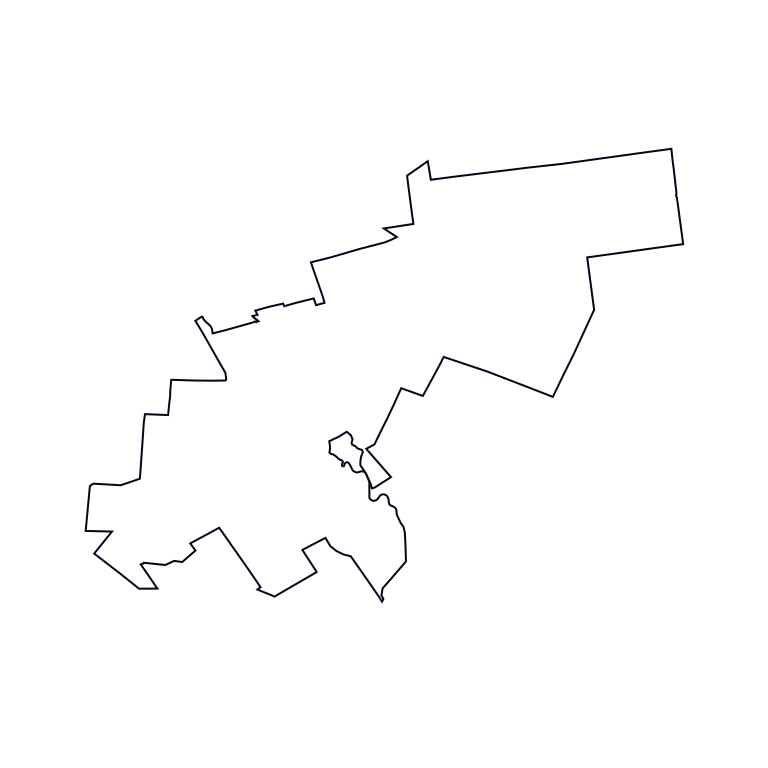 the district of Bragadiru, Teleorman, Romania, rotated 353°
{"feature_id": "2599482B28400494535503", "entity_name": "Bragadiru", "entity_type": "district", "adm_level": 2, "iso_a3": "ROU", "parent_name": "Romania", "parent_adm1": "Teleorman", "projection": "robinson", "projection_center": [25.524, 43.753], "detail": "fine", "context": "isolated", "style": "outline", "palette": "ink", "viewbox_px": 768, "rotation_deg": 353, "n_neighbors": 0, "source": "geoboundaries", "source_scale": "gbopen_adm2", "svg_char_len": 4107}
<svg xmlns="http://www.w3.org/2000/svg" viewBox="0 0 768 768"><g transform="rotate(353 384 384)"><path d="M240.1,576.4L247.8,580.6L249.3,581.7L275.4,570.5L294.2,562.5L293.4,560.5L291.8,557.2L284.7,542.8L282.8,538.7L294.3,534.4L305.7,530.1L307.1,529.6L311.0,538.4L316.6,544.1L323.3,548.4L330.0,550.9L340.9,571.4L347.4,583.7L352.9,594.2L355.5,599.8L357.2,597.3L355.7,593.4L357.7,586.7L360.2,584.4L364.7,580.5L384.2,562.8L385.6,547.3L386.6,534.0L385.9,528.1L383.6,524.0L380.8,515.3L380.8,513.7L380.9,510.9L380.7,509.6L380.3,508.8L379.9,508.1L378.7,507.1L376.9,505.9L375.7,505.3L375.2,504.7L374.7,504.0L374.5,503.2L374.4,501.8L374.4,499.2L374.3,497.9L373.9,496.8L373.2,495.3L372.3,494.5L371.5,494.0L370.7,493.6L369.7,493.4L368.6,493.4L367.5,493.7L366.7,494.2L365.9,494.9L364.2,496.9L362.7,498.0L361.5,498.5L360.5,498.7L359.8,498.8L359.1,498.7L358.2,498.2L357.3,497.7L356.3,496.6L355.8,495.8L355.7,495.2L355.7,494.7L355.7,494.1L356.1,491.4L356.5,487.7L356.9,484.2L357.3,481.6L357.4,480.4L357.4,479.0L357.1,477.8L355.9,473.5L355.3,471.5L354.7,470.0L354.2,469.2L353.7,468.7L352.8,468.3L351.9,468.1L350.7,467.9L349.4,468.1L347.4,468.5L346.5,468.5L345.6,468.3L344.5,467.7L343.6,467.1L342.6,466.2L342.1,465.2L341.6,463.7L340.6,460.7L339.4,458.3L339.1,457.8L338.8,457.5L338.3,457.3L338.0,457.2L337.5,457.2L336.9,457.2L336.5,457.3L336.0,457.7L335.4,458.2L335.1,458.8L334.8,459.5L334.6,460.0L334.4,460.4L334.0,460.6L333.7,460.7L333.3,460.7L332.8,460.6L332.5,460.2L332.4,459.9L332.4,459.3L332.5,458.7L332.8,457.9L333.4,457.1L333.7,456.3L333.6,455.7L333.3,455.2L332.6,454.6L330.7,453.5L329.5,452.4L328.6,451.1L327.1,449.5L324.9,447.8L324.0,447.3L323.1,446.9L322.4,446.6L322.0,446.1L321.7,445.6L321.5,445.2L321.6,444.8L322.0,443.5L322.4,442.1L322.7,440.5L322.8,438.9L322.7,434.1L332.4,430.9L340.0,427.4L341.3,426.9L342.0,427.6L342.9,428.7L345.0,431.0L346.0,435.2L344.7,438.2L344.9,440.1L345.4,440.5L348.0,442.3L350.0,444.8L354.2,446.8L354.7,449.0L352.5,453.2L351.2,457.5L350.6,461.7L355.0,470.1L358.4,480.7L359.3,486.1L362.3,485.6L368.2,482.7L379.6,477.3L358.5,446.2L367.2,442.8L371.2,436.5L376.3,428.7L382.5,419.4L390.8,406.4L393.6,401.7L400.6,390.3L421.1,400.6L441.5,372.0L446.5,364.4L488.0,384.2L544.0,414.1L548.7,416.7L550.0,417.4L563.1,397.0L575.7,377.9L601.6,336.0L601.1,283.1L698.0,281.6L697.6,248.1L697.4,233.7L697.0,233.2L696.8,232.8L696.8,232.6L696.8,232.2L696.9,231.9L697.2,231.5L697.4,231.2L697.5,230.9L697.5,230.1L697.6,228.7L697.6,221.8L697.7,217.3L697.7,211.4L697.8,206.1L697.7,201.1L697.7,194.8L697.8,189.8L697.9,186.8L697.9,186.1L697.9,185.6L673.0,185.9L665.6,186.0L587.8,187.2L553.7,186.8L504.8,186.8L481.6,186.8L478.8,186.8L455.4,187.0L454.6,168.2L432.3,180.0L432.3,191.1L432.5,216.1L432.7,228.7L402.8,229.6L414.6,239.7L408.3,241.9L401.8,243.6L376.7,246.9L345.9,251.9L326.3,254.3L327.2,258.7L328.8,266.3L331.9,280.4L333.8,289.4L334.9,296.2L330.7,296.8L326.2,297.5L324.7,290.5L312.6,292.0L306.8,292.7L294.4,294.6L293.7,291.9L287.8,292.5L282.0,293.1L277.9,293.5L276.1,293.8L265.2,295.5L266.9,299.9L261.7,300.6L262.8,302.2L265.6,304.8L267.0,306.4L265.2,306.6L264.9,306.7L264.5,306.8L264.4,307.0L263.6,306.2L261.5,306.9L260.1,307.2L258.4,307.4L235.5,310.9L231.5,311.5L220.1,312.9L220.1,311.6L220.0,309.1L219.8,307.9L219.6,307.2L219.2,306.4L219.1,306.0L219.0,305.6L218.7,305.1L218.1,304.5L217.5,303.7L216.8,302.8L215.1,301.0L213.5,298.9L212.8,297.7L212.4,296.4L212.3,295.9L212.3,295.6L211.3,294.9L204.6,298.2L204.4,298.3L205.3,300.3L206.4,302.6L207.4,304.7L210.8,312.5L215.2,323.1L221.9,339.3L227.9,353.5L228.0,360.1L227.1,361.2L219.5,360.4L215.1,359.9L203.3,358.4L196.8,357.5L173.3,353.9L170.8,366.0L170.3,369.7L169.7,372.3L169.2,374.1L167.0,383.7L165.9,388.5L143.1,384.8L140.8,393.4L139.5,400.2L137.5,410.7L135.2,422.5L130.2,448.2L125.7,449.2L110.3,452.4L83.3,447.5L79.7,449.4L79.3,451.0L70.0,493.5L96.0,497.3L75.7,517.0L99.3,540.3L115.9,557.3L125.0,558.4L134.1,559.4L127.4,546.4L120.6,533.4L123.4,532.9L123.6,532.1L144.8,537.0L154.2,534.0L162.0,536.1L176.6,526.3L172.3,518.6L202.9,506.6L217.1,533.2L226.4,550.7L236.7,570.6L233.3,572.6L240.1,576.4Z" fill="none" stroke="#020617" stroke-width="2"/></g></svg>